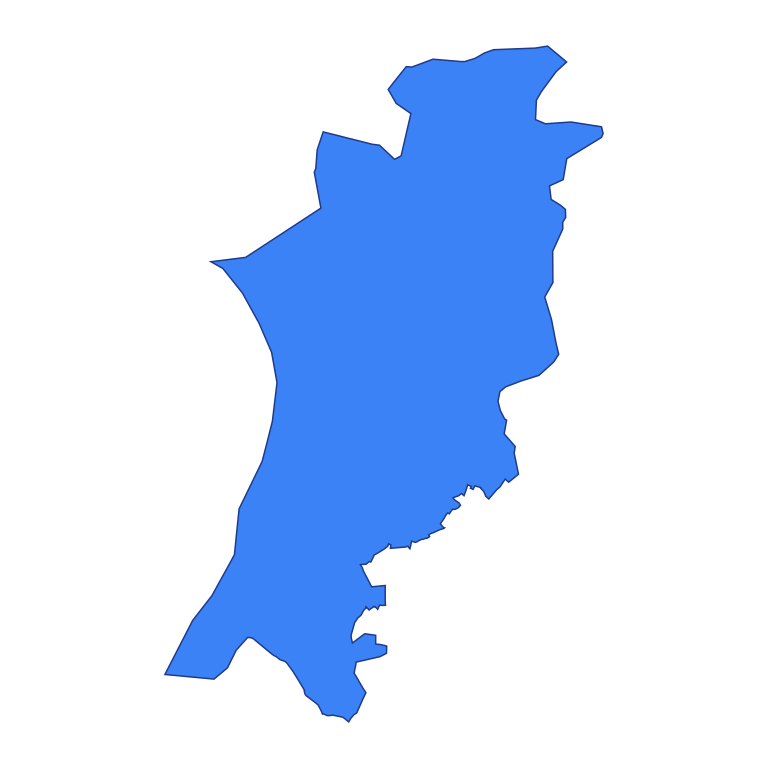 the district of Osisioma Ngwa, Abia, Nigeria
{"feature_id": "59680162B33112577829488", "entity_name": "Osisioma Ngwa", "entity_type": "district", "adm_level": 2, "iso_a3": "NGA", "parent_name": "Nigeria", "parent_adm1": "Abia", "projection": "mercator", "projection_center": [7.331, 5.172], "detail": "fine", "context": "isolated", "style": "filled", "palette": "blue", "viewbox_px": 768, "rotation_deg": 0, "n_neighbors": 0, "source": "geoboundaries", "source_scale": "gbopen_adm2", "svg_char_len": 3524}
<svg xmlns="http://www.w3.org/2000/svg" viewBox="0 0 768 768"><path d="M164.9,674.5L214.0,679.1L227.5,667.8L236.2,650.2L247.7,637.4L251.2,637.8L253.2,638.6L271.5,653.8L273.7,655.4L276.4,656.7L279.7,659.5L280.5,659.8L285.1,661.5L286.9,663.1L292.7,671.0L298.9,681.0L304.6,690.5L304.2,690.8L304.8,693.5L305.8,695.4L315.0,702.4L318.0,704.9L319.9,708.4L321.8,712.2L322.4,714.1L323.8,714.0L324.4,714.3L327.3,715.6L329.7,715.6L332.5,715.1L342.7,717.2L343.8,717.9L348.7,721.9L350.7,718.5L354.1,714.5L355.9,713.5L356.8,712.8L363.6,697.5L365.9,692.7L362.5,687.5L357.2,678.2L355.4,675.1L354.2,673.5L354.7,669.8L355.6,665.9L356.2,662.1L370.6,658.8L379.9,656.7L386.5,653.3L386.7,646.1L385.1,645.6L380.1,644.5L375.7,644.1L375.7,635.3L368.1,634.2L366.7,634.0L364.8,633.8L363.2,634.9L352.4,643.0L351.7,639.6L351.3,638.2L351.1,635.2L354.8,622.2L355.4,621.6L357.9,617.8L359.6,616.5L360.9,615.3L362.1,613.3L363.2,611.1L364.5,609.3L366.0,608.2L365.8,606.9L366.7,607.2L367.0,607.5L367.1,608.0L368.5,609.1L368.5,609.6L368.9,609.9L369.1,610.0L371.2,608.4L372.0,608.0L373.3,606.6L373.8,607.0L374.2,607.1L374.9,606.5L375.3,606.9L376.7,608.3L377.7,609.3L379.0,606.3L379.5,605.3L380.7,605.3L382.6,605.4L385.5,605.3L385.2,601.2L385.2,585.5L371.6,586.8L368.5,580.7L363.5,571.2L362.7,568.8L361.7,566.6L360.4,564.7L361.5,564.4L362.2,564.4L366.1,564.2L367.6,562.9L369.2,561.6L370.8,562.0L373.2,557.3L374.2,555.0L377.8,553.0L384.3,549.0L387.9,546.1L388.6,543.8L390.9,544.9L390.4,548.3L397.5,547.7L405.7,547.0L406.5,546.7L407.4,546.3L408.0,546.3L408.6,547.3L409.9,548.8L410.7,545.6L411.6,541.2L415.4,542.4L417.2,541.7L419.0,540.5L421.6,539.4L423.6,539.1L425.6,538.3L426.9,538.3L428.0,537.8L428.8,537.2L429.6,536.5L429.2,535.7L428.6,534.8L431.1,533.4L433.3,532.7L437.0,531.0L439.7,529.7L441.4,529.2L443.4,528.7L444.0,528.3L444.5,527.9L444.0,527.8L443.2,527.1L442.1,526.0L440.4,523.6L442.9,520.2L444.4,517.8L444.6,517.4L446.1,514.7L447.7,513.0L449.3,513.8L452.6,509.1L454.0,509.5L455.1,509.3L456.9,508.5L458.4,507.6L460.4,505.3L459.2,503.1L458.0,502.2L455.4,500.5L454.0,499.2L453.0,497.9L454.2,497.3L456.2,496.5L457.6,496.2L458.5,495.8L461.6,493.5L464.0,495.7L465.9,490.6L467.7,484.7L469.5,485.7L471.3,486.3L470.5,488.3L471.7,488.7L473.1,489.4L474.9,485.8L477.4,486.6L480.8,487.5L480.6,488.2L483.0,490.6L484.1,492.1L485.8,496.3L488.8,499.0L496.8,489.6L499.9,487.0L505.2,479.1L508.7,482.2L518.5,474.2L514.2,453.2L515.2,446.5L504.2,433.9L506.6,420.1L504.6,418.9L500.3,410.5L498.0,401.3L499.9,391.6L505.7,386.8L520.7,381.1L539.0,375.3L553.7,362.0L558.7,354.3L556.0,342.9L551.5,319.5L544.7,297.0L552.9,282.6L552.7,251.1L554.4,247.5L562.8,228.9L562.7,222.3L565.7,217.4L565.4,209.4L560.7,205.4L551.1,199.4L549.5,185.9L563.2,179.6L566.8,158.6L601.5,137.4L603.1,133.5L601.5,126.8L571.0,122.0L545.5,123.8L535.5,119.6L536.4,100.2L541.6,91.3L556.1,71.6L566.6,62.0L547.6,46.1L535.3,48.1L493.6,49.7L484.6,52.9L475.0,58.4L464.6,61.6L460.1,61.5L459.2,61.4L433.0,59.2L411.7,67.1L406.3,66.6L397.0,78.2L388.2,89.4L396.2,103.4L410.9,113.6L401.1,155.9L394.5,159.3L381.3,146.9L380.9,146.5L379.5,145.2L371.9,144.2L323.2,131.9L317.2,149.8L315.8,168.3L314.3,172.3L320.9,208.1L310.5,214.9L245.6,257.4L210.9,261.7L222.9,268.5L242.5,293.1L243.4,294.8L259.2,323.5L271.6,352.3L277.0,382.6L275.8,392.8L274.5,403.5L272.4,421.3L271.2,426.0L268.6,436.3L266.7,443.9L262.1,461.5L242.5,501.9L242.4,502.0L240.1,506.8L239.1,508.8L236.3,536.1L235.3,546.3L234.4,554.8L232.7,557.8L231.2,560.7L211.9,595.7L192.7,620.4L167.6,669.2L164.9,674.5Z" fill="#3b82f6" stroke="#1e3a8a" stroke-width="1.5"/></svg>